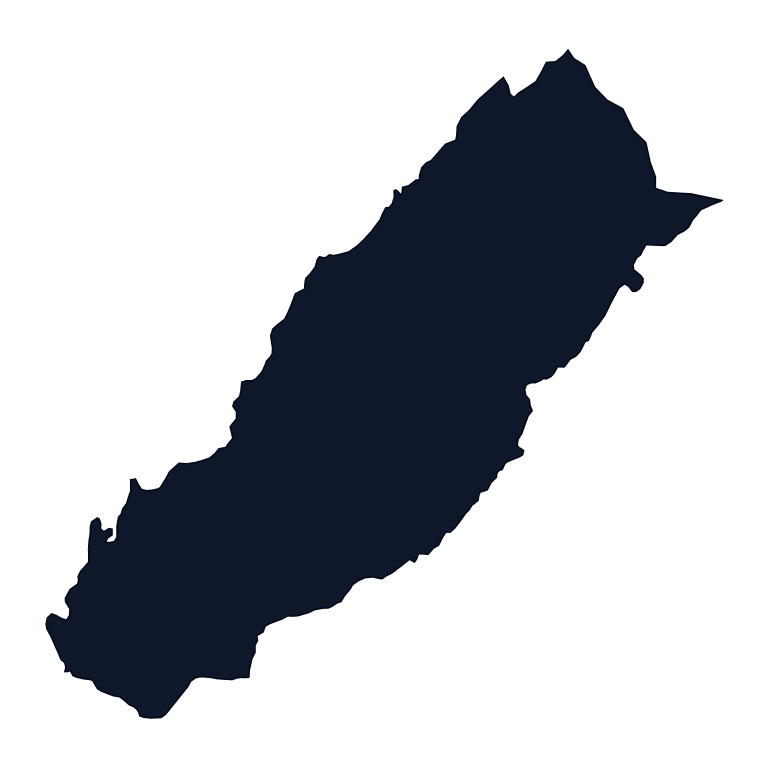 outline of Porkpa, Grand Cape Mount, Liberia
{"feature_id": "62588387B76680524179510", "entity_name": "Porkpa", "entity_type": "district", "adm_level": 2, "iso_a3": "LBR", "parent_name": "Liberia", "parent_adm1": "Grand Cape Mount", "projection": "equal_earth", "projection_center": [-11.08, 7.305], "detail": "fine", "context": "isolated", "style": "filled", "palette": "ink", "viewbox_px": 768, "rotation_deg": 0, "n_neighbors": 0, "source": "geoboundaries", "source_scale": "gbopen_adm2", "svg_char_len": 4483}
<svg xmlns="http://www.w3.org/2000/svg" viewBox="0 0 768 768"><path d="M721.9,200.4L691.2,193.9L667.4,192.5L655.4,188.4L655.4,176.8L650.2,162.6L645.8,142.6L633.2,130.3L622.8,108.8L607.3,100.4L594.6,87.4L584.8,65.5L573.7,58.6L568.2,50.3L568.0,50.0L567.1,51.1L563.6,55.4L555.6,61.8L546.4,62.4L541.3,72.4L536.0,81.6L528.4,86.8L518.5,93.2L514.0,97.6L510.0,94.1L508.0,85.6L503.4,77.5L499.1,81.1L491.8,87.8L478.2,99.9L469.3,110.7L461.9,117.4L457.3,126.4L456.8,135.3L455.9,140.2L445.4,144.3L436.1,155.1L431.0,160.8L426.4,162.9L421.9,167.5L419.6,175.2L419.4,179.8L416.0,180.1L411.3,183.7L408.6,185.8L402.6,187.3L402.1,192.7L400.5,195.0L398.3,191.7L395.8,189.9L394.1,190.7L394.3,197.1L392.4,203.5L389.2,207.4L385.7,207.9L382.2,214.6L380.1,220.0L377.2,223.6L375.2,226.3L371.4,231.5L370.4,232.5L364.0,239.5L357.5,245.7L348.8,251.9L340.0,254.3L333.4,255.6L329.4,254.8L326.1,257.4L323.1,257.7L319.5,256.7L317.4,259.3L315.3,266.9L310.4,273.6L305.9,278.3L305.1,281.9L304.6,289.0L295.4,293.7L291.5,304.2L287.1,314.7L284.6,319.3L277.2,325.0L272.8,329.1L270.7,335.8L272.5,347.8L272.3,353.5L271.2,355.4L270.1,357.3L266.6,360.9L264.8,365.8L262.0,371.8L261.7,372.2L256.1,378.6L252.1,380.7L246.2,380.8L241.8,382.1L240.9,391.0L239.6,396.7L234.1,401.8L232.9,406.2L236.6,411.8L236.4,419.0L231.7,424.6L230.1,426.9L231.5,432.5L232.8,438.3L230.8,440.7L228.6,443.3L225.9,447.4L218.9,448.8L215.1,453.4L214.9,453.6L209.8,458.0L203.0,460.4L195.4,462.5L190.9,463.2L187.2,463.8L179.0,463.3L169.7,471.6L165.7,479.0L160.2,487.8L157.4,489.1L151.5,490.4L146.4,490.7L141.4,489.4L138.2,484.6L135.5,479.0L130.7,479.8L130.7,486.2L130.8,491.0L129.1,495.4L128.1,498.7L126.6,503.6L122.8,508.8L121.1,514.4L118.5,517.2L117.0,526.2L117.0,537.2L114.4,541.6L109.5,542.6L109.2,542.6L105.6,542.4L107.5,538.0L112.1,534.9L112.0,529.1L108.6,528.6L105.6,530.9L103.3,531.4L100.4,528.6L100.8,524.0L99.3,519.2L97.2,517.9L91.6,522.0L90.4,526.9L90.3,533.3L89.2,540.2L88.6,548.7L88.8,556.6L88.7,562.2L80.5,571.5L78.1,576.4L78.6,580.5L77.7,584.1L74.9,586.0L70.1,589.5L65.4,598.2L65.6,601.8L70.0,608.9L69.5,615.6L66.6,620.2L61.9,618.7L55.9,615.4L51.8,613.9L47.4,617.8L46.1,623.9L46.8,628.5L51.0,636.4L57.7,651.5L61.0,659.4L64.8,662.7L65.9,667.6L64.8,671.6L66.1,671.5L67.9,671.5L70.1,670.5L71.2,672.3L71.8,673.3L72.9,675.5L76.5,677.1L83.7,678.8L89.4,679.4L92.8,680.4L95.1,684.8L96.5,687.0L97.5,688.7L101.7,691.2L103.1,691.8L113.2,695.7L119.6,696.8L124.1,700.1L128.4,704.0L129.2,704.7L130.1,705.1L133.5,706.5L137.0,709.3L138.7,712.2L139.8,715.9L143.7,717.2L148.8,717.8L150.8,718.0L157.1,717.7L161.1,717.5L165.4,714.4L168.2,711.1L172.4,705.8L177.9,698.9L178.8,697.7L182.8,692.8L187.9,686.5L190.2,681.9L190.4,681.4L195.7,677.7L197.7,677.2L199.0,676.9L204.3,676.8L211.2,677.5L217.9,678.7L232.1,679.6L236.3,678.1L240.5,677.4L245.8,677.5L248.9,677.1L249.2,670.5L249.7,668.4L251.8,658.8L255.0,652.5L255.0,645.4L257.5,640.5L256.8,635.6L262.8,632.2L263.1,632.0L265.3,626.0L270.3,623.3L281.9,619.0L287.7,615.9L292.3,616.1L298.0,615.7L308.9,612.5L314.8,609.6L323.2,608.1L328.3,608.0L331.9,606.3L332.4,606.1L336.8,603.0L340.9,601.6L344.4,595.9L350.5,588.5L352.4,585.0L358.1,580.7L365.4,577.6L372.9,576.9L377.9,578.1L382.1,578.8L385.2,576.4L392.1,572.8L397.6,568.6L400.3,566.6L408.6,559.9L410.0,559.5L414.4,562.1L416.4,559.4L418.5,553.9L421.9,553.8L428.0,554.3L433.4,548.1L438.6,545.2L442.2,537.8L445.8,532.2L450.2,532.1L454.7,528.1L460.9,520.0L465.6,513.3L469.2,509.6L471.7,505.5L476.0,502.1L478.1,500.2L478.9,494.9L480.3,492.0L481.4,491.7L484.1,491.0L487.3,489.8L491.1,482.4L496.4,477.4L496.9,473.1L499.1,470.5L502.2,469.5L504.5,464.5L506.2,462.3L512.0,459.7L519.7,456.7L522.6,454.8L523.7,450.8L521.9,449.3L518.3,447.1L517.2,444.7L518.1,439.3L521.9,433.4L524.9,424.6L525.2,423.7L528.2,415.8L532.2,410.7L530.1,405.5L529.3,399.4L525.7,395.3L524.7,389.5L526.3,384.7L530.8,382.7L535.3,382.7L540.2,380.6L540.8,380.3L543.6,378.5L546.5,378.9L551.3,376.3L554.1,373.0L556.8,368.1L557.5,366.8L564.3,366.9L570.2,359.1L575.7,356.2L576.2,355.7L579.9,351.7L582.7,346.3L584.9,341.9L588.5,340.2L591.9,332.0L594.6,328.8L598.3,324.5L604.3,316.0L604.6,315.6L611.8,301.0L619.0,287.8L624.7,283.7L629.0,286.6L632.5,291.3L635.9,291.3L639.8,288.5L642.9,282.9L643.1,278.7L640.7,275.5L633.7,269.7L633.0,265.1L636.7,257.7L640.6,254.9L642.2,251.3L646.0,244.7L653.2,245.0L659.2,245.3L664.9,245.4L670.9,241.5L677.2,234.4L684.2,230.8L688.7,227.1L692.6,219.7L696.6,215.1L700.6,209.8L713.2,204.0L713.9,203.8L721.1,201.0L721.9,200.4Z" fill="#0f172a" stroke="#020617" stroke-width="1.5"/></svg>